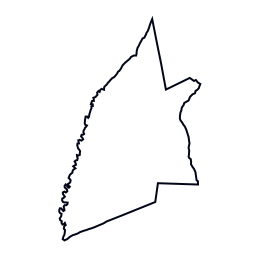 Igarapé-Açu, Pará, Brazil, rotated 175°
{"feature_id": "56859067B39490395816756", "entity_name": "Igarapé-Açu", "entity_type": "district", "adm_level": 2, "iso_a3": "BRA", "parent_name": "Brazil", "parent_adm1": "Pará", "projection": "natural_earth1", "projection_center": [-47.522, -1.175], "detail": "fine", "context": "isolated", "style": "outline", "palette": "ink", "viewbox_px": 256, "rotation_deg": 175, "n_neighbors": 0, "source": "geoboundaries", "source_scale": "gbopen_adm2", "svg_char_len": 2816}
<svg xmlns="http://www.w3.org/2000/svg" viewBox="0 0 256 256"><g transform="rotate(175 128 128)"><path d="M202.7,23.0L201.1,21.6L198.1,22.7L195.3,24.7L192.2,26.1L189.7,26.6L187.0,27.4L185.0,28.4L182.9,29.0L180.9,29.5L177.9,30.1L175.2,30.9L173.2,31.2L170.1,32.1L160.8,35.1L157.3,36.8L142.4,41.2L129.6,45.1L107.3,51.9L103.0,70.4L80.7,67.7L63.2,65.6L63.0,68.9L64.2,69.9L64.7,78.3L65.8,81.5L66.9,83.2L68.4,86.4L68.1,88.6L68.2,91.5L69.6,92.7L70.1,94.2L69.7,95.7L69.0,100.3L69.4,102.9L68.7,105.4L68.1,107.1L68.3,110.3L68.4,113.5L70.0,120.9L71.2,124.4L72.3,126.1L73.8,129.2L74.9,130.7L75.5,132.7L75.1,135.9L74.4,138.8L73.3,140.9L72.8,143.1L72.0,144.5L70.7,145.8L69.8,148.0L65.3,150.1L63.4,153.7L60.8,155.9L58.2,156.8L57.5,159.0L55.5,160.1L54.0,161.5L53.4,163.0L52.1,165.5L54.4,167.2L56.2,169.9L58.1,169.1L62.1,172.5L83.4,164.3L86.9,163.0L87.9,173.5L89.1,186.1L89.4,189.2L91.7,209.4L94.4,234.4L95.8,231.8L97.2,228.8L98.5,225.6L99.9,222.8L101.4,221.0L102.1,219.2L103.0,218.1L103.7,216.6L105.6,216.0L107.7,212.9L108.9,211.1L110.0,209.1L111.5,207.0L112.5,204.3L113.1,201.0L113.6,199.5L115.9,199.7L118.8,198.5L120.1,196.9L121.6,195.8L124.9,193.5L128.0,190.8L129.9,187.7L131.6,185.7L132.9,185.1L134.4,182.8L137.3,179.9L139.3,179.1L140.5,178.0L141.6,177.1L142.6,176.0L144.1,174.8L145.2,173.3L146.3,172.5L148.1,170.9L148.6,168.2L151.0,169.3L152.4,168.2L153.1,166.5L154.2,167.4L155.7,165.9L155.5,163.8L157.7,161.7L159.9,161.1L159.6,159.6L159.6,158.0L161.4,158.1L162.8,155.1L161.1,154.7L161.1,153.0L162.6,152.8L162.7,150.7L163.6,149.3L164.3,147.4L165.0,145.8L165.5,144.3L165.8,142.7L166.8,141.6L167.6,142.9L169.2,143.1L169.6,141.5L170.1,139.9L170.7,136.4L170.2,134.8L168.7,134.1L169.6,132.9L170.8,132.0L171.6,130.3L172.6,129.0L172.8,127.5L172.2,125.9L173.4,125.2L174.8,125.3L175.5,123.8L174.3,122.2L173.7,120.6L175.5,119.5L177.2,120.4L178.6,120.0L178.2,116.9L179.7,116.9L180.1,115.2L179.4,111.9L178.5,110.7L177.7,109.0L178.2,107.1L178.3,105.5L179.7,104.9L181.2,105.5L181.2,103.8L180.7,102.2L181.5,100.4L182.9,100.2L184.1,99.3L183.2,97.3L183.0,95.9L184.5,95.4L185.9,94.6L183.9,92.4L186.1,91.2L187.0,89.9L187.3,88.3L188.6,87.5L190.0,86.4L191.5,83.4L190.5,82.3L189.7,81.0L190.3,79.0L191.3,78.1L192.7,77.5L192.4,76.0L191.1,74.6L192.2,73.6L193.3,74.5L194.0,76.0L195.0,77.2L196.2,75.9L196.2,74.3L194.2,72.0L194.0,70.2L195.5,69.2L196.9,70.2L198.5,69.5L198.5,67.9L197.8,66.5L196.9,65.1L198.3,63.9L199.7,63.4L199.9,61.6L199.3,60.1L198.0,59.4L196.2,59.3L194.6,58.9L195.0,57.4L196.2,56.5L197.9,56.6L198.9,55.5L198.5,51.5L199.7,50.9L201.5,53.7L202.9,53.9L203.6,52.3L203.8,50.5L203.0,49.1L201.7,48.3L202.1,46.2L203.0,44.9L203.9,43.8L203.5,42.0L202.1,40.9L202.5,39.3L201.7,37.6L200.2,37.9L199.2,38.9L198.5,36.8L200.1,35.7L200.7,33.2L199.7,32.0L200.1,29.2L200.8,26.9L201.8,25.5L202.7,23.0Z" fill="none" stroke="#020617" stroke-width="2"/></g></svg>